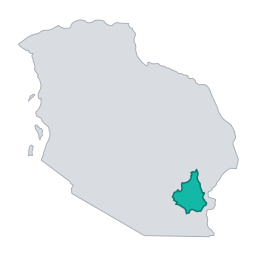 Geita highlighted on a map of United Republic of Tanzania, rotated 181°
{"feature_id": "TZA-5586", "entity_name": "Geita", "entity_type": "Region", "adm_level": 1, "iso_a3": "TZA", "parent_name": "United Republic of Tanzania", "parent_adm1": "", "projection": "mercator", "projection_center": [31.619, -3.252], "detail": "fine", "context": "in_parent", "style": "filled", "palette": "teal", "viewbox_px": 256, "rotation_deg": 181, "n_neighbors": 0, "source": "natural_earth", "source_scale": "10m", "svg_char_len": 4765}
<svg xmlns="http://www.w3.org/2000/svg" viewBox="0 0 256 256"><g transform="rotate(181 128 128)"><path d="M88.7,188.7L85.5,187.0L82.6,186.0L80.1,184.8L79.1,183.7L76.8,183.2L74.8,183.0L73.0,182.0L69.3,181.6L68.9,180.9L68.8,179.4L68.2,178.9L66.8,178.5L65.4,178.6L64.5,178.8L64.0,178.7L62.8,177.8L61.6,176.6L61.2,174.7L59.5,173.5L57.5,172.6L52.1,172.7L51.2,172.4L49.9,171.5L48.4,169.9L47.2,168.2L46.1,165.7L45.0,162.5L38.8,149.6L38.1,147.1L36.9,144.4L34.9,141.1L32.8,138.6L29.9,136.4L26.7,134.2L24.9,132.7L21.5,126.6L20.9,123.8L20.3,120.8L20.5,119.6L22.6,115.8L22.9,114.8L22.6,113.3L21.6,110.3L20.3,106.7L17.6,100.0L17.2,98.3L17.3,97.1L18.8,90.3L18.8,89.4L25.1,89.5L29.6,86.5L33.6,82.1L34.4,80.3L36.0,77.4L37.6,76.0L38.2,75.0L39.1,72.2L41.2,70.3L43.2,68.8L42.8,67.8L43.1,67.4L44.2,66.6L46.4,65.9L46.8,64.5L46.8,62.8L46.5,61.8L46.5,60.8L46.2,60.2L44.8,60.0L42.7,59.2L40.9,58.8L39.7,58.3L39.3,58.0L39.1,57.0L40.1,54.4L39.1,53.3L41.3,49.0L41.7,48.5L42.5,48.5L43.7,48.0L44.9,47.8L45.8,48.0L46.5,47.8L47.2,47.3L47.7,45.8L48.1,43.4L47.9,41.4L47.0,39.9L46.7,37.6L47.1,34.5L46.8,31.9L45.8,29.8L44.8,28.6L43.2,28.0L40.8,24.8L40.0,23.3L40.2,22.3L41.0,21.9L42.6,22.1L44.1,21.7L45.4,20.8L46.8,20.6L47.5,20.7L109.8,20.7L182.7,61.4L183.0,61.9L183.6,65.4L183.5,66.6L182.3,68.6L182.0,69.6L182.0,70.4L182.3,70.7L183.2,70.8L184.0,71.2L184.3,71.6L185.0,73.1L185.8,73.9L213.5,93.9L214.1,94.2L213.7,95.9L212.1,100.0L212.0,101.7L211.4,103.6L210.8,105.0L209.2,110.7L207.9,112.8L206.1,117.9L205.8,121.7L206.8,124.4L207.2,127.0L209.3,129.4L211.0,130.3L212.2,131.4L214.2,134.0L215.4,136.6L219.1,137.9L220.5,140.8L220.0,142.8L218.3,144.5L216.7,147.2L215.4,150.7L215.4,156.1L216.2,155.3L218.2,156.6L218.4,160.6L216.4,165.3L215.8,167.5L215.7,169.3L217.2,174.9L219.4,177.7L219.2,178.6L218.6,179.4L222.4,184.4L222.1,188.8L223.5,192.2L224.2,195.1L225.1,197.4L225.3,199.0L224.1,200.7L226.9,201.1L228.5,202.5L229.2,203.9L231.2,203.8L232.3,204.8L233.9,205.5L237.3,207.8L238.2,209.0L238.8,210.1L229.3,217.3L225.9,219.1L223.5,220.0L220.9,220.5L218.4,221.6L216.1,223.4L213.1,224.3L209.4,224.3L205.6,225.5L199.6,229.3L196.1,227.2L193.3,226.6L190.1,226.6L188.2,226.9L187.5,227.3L186.9,228.6L186.4,230.7L184.3,232.7L180.7,234.6L177.3,235.3L174.2,234.8L172.2,234.0L171.1,232.9L169.5,232.4L167.4,232.5L165.3,233.3L163.4,234.8L160.3,235.4L156.1,235.2L153.8,234.5L153.5,233.3L151.6,231.8L148.2,230.1L145.7,230.1L144.1,231.7L142.7,232.7L141.3,233.1L140.1,233.2L138.4,232.7L133.8,232.6L129.3,232.6L128.9,230.3L127.9,228.9L127.1,228.0L125.6,227.8L125.2,227.2L124.7,225.7L123.9,224.5L122.9,223.5L122.3,222.5L122.1,221.7L122.3,220.7L123.2,218.3L123.5,216.7L123.4,215.0L122.9,213.3L121.8,211.3L122.0,210.7L121.6,209.3L121.6,208.4L121.8,207.1L121.6,205.6L120.7,202.2L120.7,201.3L119.7,199.6L116.7,195.8L116.6,195.3L112.0,191.4L110.1,190.5L109.5,191.2L109.2,191.9L109.4,193.2L109.3,193.8L109.1,194.1L108.0,194.0L107.3,193.9L105.6,192.8L104.2,192.6L100.8,192.8L99.6,193.0L98.7,192.8L96.9,191.0L94.8,190.6L92.9,190.5L89.8,188.5L88.7,188.7ZM219.5,123.8L221.1,128.1L220.9,128.9L219.8,129.4L219.2,129.4L218.6,128.7L218.1,127.3L217.3,127.6L215.9,125.9L214.5,125.8L213.3,123.8L213.8,122.0L213.5,118.9L215.0,117.4L215.8,114.8L216.8,116.6L217.0,119.3L218.3,122.6L219.5,123.8ZM226.9,98.5L227.0,99.5L226.7,100.4L226.8,103.4L226.6,105.4L225.5,108.2L224.6,109.2L223.7,108.9L223.1,108.5L222.5,107.7L223.6,102.6L223.1,98.9L225.2,99.2L226.9,98.5ZM223.8,160.0L222.7,160.2L222.3,160.0L221.7,159.1L222.8,158.4L223.9,157.0L226.5,155.0L227.7,153.4L227.5,154.9L226.1,158.4L224.8,158.6L223.8,160.0Z" fill="#d9dde1" stroke="#a8b0b8" stroke-width="1"/><path d="M58.8,87.5L58.2,86.5L57.8,85.4L57.7,85.1L57.5,84.8L57.4,84.1L57.2,83.5L57.3,82.5L57.9,80.7L58.0,79.7L57.7,78.1L56.5,75.5L55.4,74.4L54.9,73.1L54.9,71.8L54.7,71.1L54.6,70.5L54.6,69.7L54.3,69.0L53.9,68.4L53.5,67.7L53.0,66.3L52.8,64.9L51.7,64.1L51.3,64.3L51.0,64.7L50.8,64.7L50.6,64.4L50.7,63.3L51.4,62.2L52.0,60.8L51.9,59.2L51.7,59.0L51.5,58.8L51.5,58.5L51.0,57.6L50.2,57.3L50.0,56.0L49.0,55.2L48.1,54.2L48.8,52.2L50.9,51.2L53.9,46.1L54.5,46.3L55.8,46.1L56.9,45.7L57.8,45.8L61.8,47.6L63.2,47.7L64.2,46.6L65.0,46.2L65.2,45.8L65.3,45.5L65.3,45.1L65.2,44.5L65.4,44.2L66.8,44.0L68.0,43.5L68.4,44.7L68.5,45.7L68.6,46.4L69.0,46.7L69.2,47.2L69.2,47.7L69.5,48.3L70.1,48.8L71.6,49.5L72.9,50.4L73.7,50.9L74.7,51.3L75.3,52.1L78.7,52.7L77.6,54.7L81.1,56.7L80.6,58.2L82.3,59.7L80.6,64.4L80.0,64.5L78.7,65.1L78.1,65.6L77.7,66.2L77.3,66.8L76.7,66.8L76.2,66.3L76.0,65.6L75.4,65.2L74.7,65.4L74.0,65.9L73.2,67.0L72.8,68.3L73.1,70.4L73.4,72.3L73.1,73.9L71.3,74.0L69.3,74.3L67.2,75.3L65.4,76.8L64.3,78.5L64.0,79.8L64.3,81.2L63.5,82.3L63.2,82.9L63.4,83.3L63.8,83.5L64.0,84.1L64.1,84.6L62.8,85.3L60.8,85.1L60.0,85.3L59.5,86.0L59.3,86.8L58.8,87.5Z" fill="#14b8a6" stroke="#0f766e" stroke-width="1.5"/></g></svg>